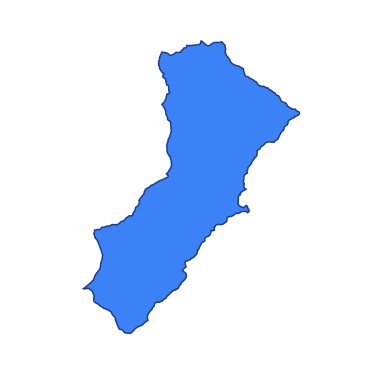 Lunca Bradului, Mures, Romania, rotated 194°
{"feature_id": "2599482B15152164685574", "entity_name": "Lunca Bradului", "entity_type": "district", "adm_level": 2, "iso_a3": "ROU", "parent_name": "Romania", "parent_adm1": "Mures", "projection": "albers", "projection_center": [25.143, 46.979], "detail": "fine", "context": "isolated", "style": "filled", "palette": "blue", "viewbox_px": 384, "rotation_deg": 194, "n_neighbors": 0, "source": "geoboundaries", "source_scale": "gbopen_adm2", "svg_char_len": 6082}
<svg xmlns="http://www.w3.org/2000/svg" viewBox="0 0 384 384"><g transform="rotate(194 192 192)"><path d="M254.9,320.6L255.2,319.8L256.0,314.4L255.7,313.2L255.8,309.3L254.9,306.9L254.2,305.8L253.4,305.1L253.4,304.5L253.0,303.6L250.6,301.4L249.6,300.6L248.0,300.0L248.1,299.9L248.0,299.4L248.4,298.4L248.1,296.4L245.7,295.6L244.6,294.3L244.1,293.0L242.4,289.7L241.3,289.8L240.6,289.4L239.6,287.0L238.9,284.4L238.4,283.5L237.6,283.1L237.6,282.9L238.0,282.1L239.1,281.2L239.7,281.2L240.1,280.4L239.8,278.6L240.0,277.4L239.8,276.5L239.8,276.1L240.4,274.7L240.2,274.1L240.2,273.6L242.4,269.8L240.1,267.9L237.9,265.4L236.7,263.3L236.1,261.0L235.3,260.4L233.7,258.5L233.3,256.6L232.4,255.9L229.9,255.0L229.6,254.6L229.4,253.4L228.6,251.4L226.8,245.7L227.1,240.4L227.8,236.3L227.5,235.1L227.8,234.3L227.7,231.2L227.4,229.9L226.8,228.4L226.1,225.5L225.7,224.8L223.9,222.5L222.6,221.4L221.5,221.2L221.1,219.2L220.2,218.1L219.3,216.4L219.2,215.5L218.4,213.6L218.3,212.7L218.5,211.5L218.3,210.6L219.5,207.3L219.7,205.9L220.0,205.3L221.2,203.7L220.5,202.8L219.3,202.5L219.3,202.2L219.0,201.9L219.0,201.0L219.1,200.5L220.0,199.7L220.9,199.2L223.9,196.6L225.3,195.8L228.8,192.6L229.4,191.7L229.8,191.4L231.6,189.6L232.5,188.9L233.3,188.7L234.3,186.9L235.1,185.8L236.8,184.6L237.9,183.1L237.9,182.1L238.3,180.9L238.2,178.7L240.2,174.1L240.8,173.2L240.9,172.2L241.5,170.8L240.9,170.3L240.4,169.3L240.5,168.0L241.3,165.0L242.7,163.9L242.9,163.2L242.9,162.4L242.7,161.5L242.8,160.6L243.9,157.8L244.0,156.8L243.9,156.5L244.0,155.1L244.3,154.6L244.8,154.1L246.6,153.9L247.3,153.6L248.1,152.4L249.5,151.1L250.6,148.6L251.2,147.8L252.1,147.0L253.4,146.4L254.3,145.1L254.8,143.9L256.5,142.4L257.0,142.1L261.6,141.1L263.7,139.2L265.0,138.6L266.2,138.5L268.3,136.7L270.0,136.3L270.9,135.9L271.4,135.3L271.7,134.2L272.2,133.4L274.7,132.7L277.3,131.4L276.9,129.5L277.2,128.0L276.4,126.8L276.2,126.2L275.5,125.0L274.9,124.4L274.6,123.7L273.3,123.2L271.4,121.3L265.0,111.9L263.4,109.0L263.0,105.8L263.3,100.2L262.7,97.2L262.7,95.9L263.0,94.5L265.5,88.7L265.9,87.2L266.1,84.6L266.4,82.9L267.6,80.6L269.1,78.4L272.7,73.4L274.0,72.0L273.0,71.9L270.3,73.1L269.2,73.4L265.8,72.2L264.8,71.6L261.8,67.4L261.6,66.7L261.6,64.6L261.3,63.4L260.8,62.4L259.8,61.6L258.1,61.0L255.4,60.3L254.3,59.5L251.5,58.7L249.6,57.8L247.3,57.7L241.8,56.3L240.1,54.3L237.8,52.6L236.1,51.5L235.5,50.9L235.7,50.0L235.0,48.8L232.5,45.4L232.4,44.9L232.2,44.9L229.9,42.0L229.3,41.4L228.4,41.1L226.7,41.8L226.0,41.1L223.3,39.1L218.0,39.8L217.5,40.1L216.4,41.4L215.2,43.3L214.5,45.0L212.6,47.4L208.0,51.0L206.2,54.1L203.7,56.8L204.0,57.2L205.0,59.7L205.2,61.1L205.2,62.6L204.2,65.2L202.4,68.8L202.3,70.1L201.2,72.1L201.2,74.5L200.7,75.5L200.3,76.0L199.3,76.5L196.8,77.2L195.6,78.4L194.7,78.7L194.5,79.5L191.3,83.2L191.0,85.0L189.3,87.1L189.2,87.7L188.6,88.7L186.6,91.2L186.6,91.9L184.9,92.7L184.1,93.8L184.0,93.6L183.8,94.0L183.3,93.9L182.9,94.5L182.6,94.5L182.3,95.0L182.1,96.1L181.8,96.2L181.9,96.9L181.6,98.0L180.6,99.8L180.3,100.7L180.2,102.1L179.5,102.7L178.5,104.0L178.0,105.5L177.2,106.7L177.1,107.0L177.2,108.9L177.7,110.7L178.2,111.5L179.6,112.4L181.0,112.7L182.2,113.3L181.2,116.0L179.6,117.8L181.5,121.2L181.9,122.0L181.9,122.5L181.3,123.3L178.6,124.9L177.4,125.9L176.6,127.3L174.9,128.7L173.2,131.4L172.3,133.4L172.4,135.8L172.6,137.2L171.7,137.8L171.6,138.1L171.5,139.7L170.3,145.0L169.7,145.7L167.9,147.2L167.8,148.0L168.2,150.2L168.0,151.2L165.2,153.2L164.0,155.3L163.9,157.4L164.2,159.3L162.7,159.2L161.9,160.0L161.0,160.4L162.0,163.2L161.5,163.5L161.2,164.0L161.0,165.4L159.9,166.3L158.3,167.1L156.6,167.1L154.0,168.4L151.2,172.0L151.2,172.9L151.5,173.6L151.6,175.4L151.5,176.1L150.4,176.8L147.6,178.0L146.1,179.5L144.2,182.0L142.4,182.3L141.6,182.6L140.8,183.3L139.7,184.6L136.9,185.8L134.5,186.3L134.0,186.1L133.6,185.5L133.2,185.3L132.2,186.2L132.1,187.2L132.3,188.3L132.8,189.0L133.6,189.4L133.9,190.0L134.4,190.3L134.6,191.3L135.6,191.9L136.3,192.0L136.5,191.8L137.4,190.1L137.9,189.6L138.2,189.4L139.5,189.3L141.7,189.8L142.6,190.3L144.0,190.8L144.5,191.6L144.6,192.9L145.1,195.1L145.3,196.6L145.9,198.9L145.9,199.3L144.3,201.3L144.4,201.6L145.1,202.0L144.3,203.4L142.7,205.5L141.7,206.1L140.3,207.9L141.8,208.1L142.7,208.7L143.0,209.9L143.2,211.7L143.4,213.0L144.2,213.6L144.7,214.4L144.9,215.4L144.6,216.4L145.2,218.3L145.3,220.6L144.5,222.3L142.8,223.8L144.1,225.5L143.5,225.8L143.3,226.6L143.6,229.4L142.0,232.2L141.5,233.3L141.0,236.2L140.0,238.4L139.6,239.9L138.1,242.3L138.0,244.0L138.8,248.2L137.5,249.2L136.5,250.4L136.3,252.0L133.8,255.0L132.9,256.6L132.8,257.2L132.3,257.7L129.8,259.3L124.4,260.1L124.3,260.9L123.7,261.7L123.0,262.3L121.8,263.7L121.5,264.5L121.4,264.5L120.7,268.4L120.2,270.0L119.9,271.4L119.1,272.8L118.5,273.3L118.0,275.8L118.2,276.8L117.9,277.8L117.1,279.1L116.3,279.5L115.6,280.9L115.7,283.8L115.5,284.3L115.0,285.4L113.3,286.8L112.6,287.9L111.2,288.5L110.1,290.2L108.6,291.5L107.5,292.2L106.8,293.3L106.7,293.9L106.8,294.5L107.6,295.6L110.1,296.0L110.7,296.3L111.6,297.3L113.6,296.9L116.2,297.1L119.5,298.2L120.6,299.0L122.0,300.7L123.7,301.2L125.7,301.2L127.4,301.7L127.6,301.9L128.2,303.0L129.4,304.2L129.8,304.9L131.2,306.2L133.1,306.4L134.1,306.8L135.7,308.2L137.5,308.5L139.5,309.7L141.8,310.0L143.1,311.2L146.4,311.2L147.0,311.8L148.6,311.8L149.7,311.3L152.0,311.6L152.3,311.5L153.1,311.7L154.4,312.5L155.9,314.1L156.8,314.5L157.7,314.7L160.6,315.9L163.5,316.3L164.0,316.7L165.1,317.2L168.3,317.5L168.7,317.9L171.5,322.5L171.8,323.8L172.4,324.2L174.4,324.5L176.3,325.3L182.0,325.6L184.3,326.5L186.0,327.4L187.1,329.1L187.8,329.9L191.9,333.1L194.0,336.3L193.8,338.3L193.9,338.7L195.6,342.4L199.4,344.9L202.0,343.6L205.9,342.7L206.9,342.2L208.5,340.9L210.1,338.7L211.9,337.7L212.7,337.6L219.3,340.8L219.7,340.8L219.8,340.4L219.7,339.1L219.8,337.9L221.0,336.6L227.1,334.4L230.7,333.2L232.5,333.0L232.5,331.6L232.8,330.7L233.0,330.4L234.6,329.8L235.0,329.3L235.4,327.4L236.4,326.9L236.7,325.3L238.5,324.2L241.5,323.5L242.8,321.6L244.0,320.5L245.7,319.4L246.4,319.4L247.2,319.6L249.2,320.7L251.7,320.8L253.6,320.5L254.9,320.6Z" fill="#3b82f6" stroke="#1e3a8a" stroke-width="1.5"/></g></svg>